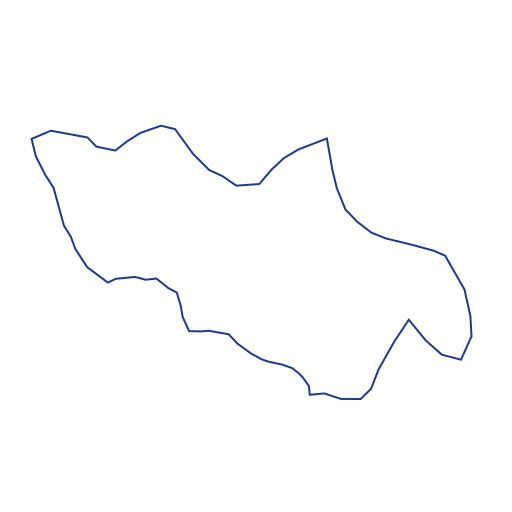 Sotira Ammochostou, Famagusta, Cyprus (Natural Earth projection), rotated 80°
{"feature_id": "46923920B54851998924598", "entity_name": "Sotira Ammochostou", "entity_type": "district", "adm_level": 2, "iso_a3": "CYP", "parent_name": "Cyprus", "parent_adm1": "Famagusta", "projection": "natural_earth1", "projection_center": [33.936, 35.008], "detail": "fine", "context": "isolated", "style": "outline", "palette": "blue", "viewbox_px": 512, "rotation_deg": 80, "n_neighbors": 0, "source": "geoboundaries", "source_scale": "gbopen_adm2", "svg_char_len": 1020}
<svg xmlns="http://www.w3.org/2000/svg" viewBox="0 0 512 512"><g transform="rotate(80 256 256)"><path d="M393.7,72.1L372.5,57.7L352.4,55.3L325.2,56.5L288.5,69.7L281.4,80.5L270.8,103.3L261.3,125.0L253.1,138.2L240.1,150.2L225.9,159.8L203.4,164.6L184.5,165.8L152.6,165.8L156.1,183.8L158.5,195.9L164.4,211.5L173.8,225.9L185.7,240.3L183.3,263.2L171.5,275.2L163.2,287.2L144.3,300.4L117.1,313.6L111.2,326.9L114.7,348.5L120.6,362.9L127.7,376.2L120.6,394.2L110.0,401.4L97.0,436.3L101.7,456.7L119.4,455.5L139.5,449.5L153.7,443.5L192.7,439.9L204.6,435.1L217.6,432.7L237.7,424.2L256.4,406.5L254.1,398.0L255.6,378.8L260.2,368.8L260.9,358.0L272.3,348.0L278.3,340.3L291.9,338.8L303.3,338.8L318.4,334.9L320.7,323.4L321.4,315.7L328.3,296.5L338.9,289.6L351.0,278.0L358.5,268.8L362.3,261.9L367.6,248.8L372.9,239.6L379.0,234.2L383.5,231.1L393.3,226.5L402.0,227.1L403.2,212.7L411.5,197.1L415.0,177.8L406.8,165.8L389.0,155.0L364.2,134.6L345.3,116.6L368.9,103.3L385.5,90.1L393.7,72.1Z" fill="none" stroke="#1e3a8a" stroke-width="2"/></g></svg>